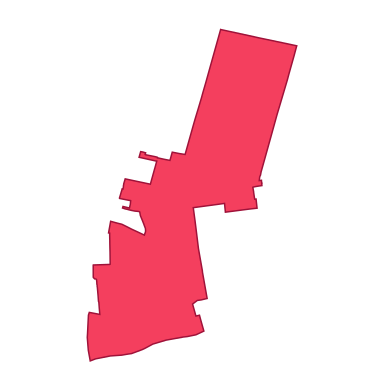 Grojdibodu, Romania, rotated 355°
{"feature_id": "2599482B80602917184212", "entity_name": "Grojdibodu", "entity_type": "district", "adm_level": 2, "iso_a3": "ROU", "parent_name": "Romania", "parent_adm1": "", "projection": "robinson", "projection_center": [24.245, 43.755], "detail": "fine", "context": "isolated", "style": "filled", "palette": "rose", "viewbox_px": 384, "rotation_deg": 355, "n_neighbors": 0, "source": "geoboundaries", "source_scale": "gbopen_adm2", "svg_char_len": 2761}
<svg xmlns="http://www.w3.org/2000/svg" viewBox="0 0 384 384"><g transform="rotate(355 192 192)"><path d="M75.9,351.4L81.5,349.8L96.4,348.2L107.8,348.4L113.7,347.9L117.7,347.7L128.9,344.6L129.7,344.3L131.1,343.8L131.8,343.5L139.7,340.1L153.3,337.3L169.8,335.8L170.5,335.7L171.0,335.7L174.8,335.6L183.5,334.6L191.7,331.6L189.4,319.5L188.7,315.4L185.1,315.9L182.8,303.7L185.3,302.1L187.8,300.5L191.7,300.3L197.8,299.4L196.5,284.7L195.4,272.3L195.5,271.8L193.5,249.0L193.4,246.3L192.8,228.8L192.5,220.8L191.9,207.7L215.8,206.6L223.4,206.2L223.5,215.0L238.0,214.4L247.6,214.0L255.4,213.8L255.2,204.6L253.8,204.6L253.4,198.1L253.4,196.8L253.0,192.6L253.3,192.5L254.4,192.3L256.1,192.1L257.5,192.0L259.0,191.9L262.2,191.7L262.2,190.9L262.2,190.5L262.2,189.5L262.4,189.5L262.4,188.9L262.2,188.1L262.2,186.4L260.0,186.5L260.8,182.7L261.7,181.2L262.7,177.6L262.9,177.2L275.3,144.2L283.4,122.5L296.7,88.8L298.8,83.0L305.5,65.3L308.6,56.8L309.1,55.5L306.5,54.7L273.2,44.6L272.5,44.4L267.8,42.9L236.5,33.2L235.6,32.9L235.1,32.8L234.7,32.6L225.7,56.5L223.4,62.6L222.2,65.8L222.0,66.3L215.2,84.4L211.6,93.7L209.6,99.1L205.3,110.0L203.0,115.7L200.9,121.0L198.5,127.3L196.5,132.6L188.4,154.0L182.7,152.6L175.8,150.6L172.8,158.6L167.2,157.0L160.8,155.0L160.7,155.0L160.8,154.7L160.5,154.4L160.0,154.1L159.5,154.0L158.1,153.5L148.9,150.8L148.6,150.6L149.2,148.9L147.3,148.2L146.9,148.0L145.9,147.7L144.4,147.3L142.3,152.8L159.1,158.1L159.3,158.0L159.6,158.1L157.4,164.1L156.7,165.9L151.2,180.6L126.6,173.1L124.7,177.9L124.6,178.6L124.3,179.5L124.2,180.0L124.0,181.4L123.7,182.1L123.6,182.6L123.5,183.0L122.7,182.8L121.7,185.5L121.5,185.8L121.2,186.7L119.9,190.0L119.2,191.7L119.2,191.9L119.3,192.1L119.9,192.3L128.8,194.9L129.7,195.1L130.1,195.2L130.2,195.4L130.1,195.7L129.8,196.9L129.8,197.5L129.6,198.1L129.5,198.9L128.8,200.9L128.3,202.5L122.0,200.4L121.4,201.9L123.9,203.0L125.9,203.6L127.5,204.2L129.6,204.9L130.5,205.2L131.3,205.4L132.9,205.9L133.7,206.1L135.4,206.4L136.4,206.6L137.2,206.8L137.9,207.0L138.1,207.2L138.2,207.4L138.4,209.5L138.5,210.9L138.7,211.6L139.2,213.2L140.1,216.1L141.2,219.8L141.6,221.4L142.2,223.5L142.4,224.2L142.4,225.1L142.4,226.2L142.2,227.6L142.0,228.1L141.7,228.7L141.4,229.3L140.8,230.8L134.8,227.3L128.7,223.8L124.4,221.1L119.3,218.0L114.6,216.4L108.4,214.1L105.3,225.5L106.4,225.8L106.2,228.1L105.9,232.6L105.9,233.4L105.8,234.2L105.4,240.0L105.1,244.9L104.2,256.8L103.9,257.0L87.3,256.1L87.2,256.4L86.2,268.3L86.3,268.6L86.6,269.0L87.5,270.1L88.3,270.2L88.6,270.3L88.9,270.5L89.2,270.8L89.3,273.5L89.2,275.5L89.3,276.1L89.4,276.4L89.3,277.9L89.4,278.8L89.4,287.2L89.3,292.7L89.6,293.7L89.5,299.8L89.5,305.9L79.2,303.0L78.1,305.6L75.6,323.8L75.0,327.7L74.9,340.6L75.9,351.4Z" fill="#f43f5e" stroke="#9f1239" stroke-width="1.5"/></g></svg>